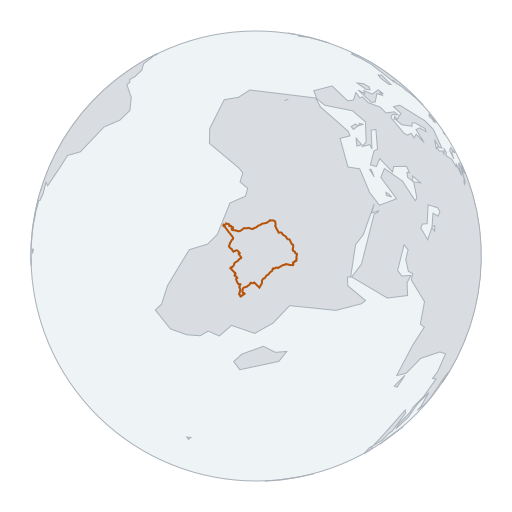 Democratic Republic of the Congo on an orthographic globe, rotated 53°
{"feature_id": "COD", "entity_name": "Democratic Republic of the Congo", "entity_type": "country or territory", "adm_level": 0, "iso_a3": "COD", "parent_name": "Africa", "parent_adm1": "", "projection": "orthographic", "projection_center": [23.721, -4.071], "detail": "fine", "context": "on_globe", "style": "outline", "palette": "amber", "viewbox_px": 512, "rotation_deg": 53, "n_neighbors": 0, "source": "natural_earth", "source_scale": "50m", "svg_char_len": 11408}
<svg xmlns="http://www.w3.org/2000/svg" viewBox="0 0 512 512"><g transform="rotate(53 256 256)"><circle cx="256" cy="256" r="225" fill="#eef3f6" stroke="#a8b0b8"/><path d="M129.6,69.5L123.5,74.2L120.1,76.8L112.8,82.1L112.5,82.3L129.6,69.5ZM99.5,94.0L99.7,93.7L103.2,90.5L100.3,93.3L97.0,96.4L99.5,94.0ZM34.6,214.3L35.3,213.0L34.6,216.1L34.8,230.1L38.9,235.4L39.9,244.7L39.0,250.8L41.3,252.1L41.4,256.0L54.3,260.2L63.9,269.2L65.6,283.0L61.5,299.6L67.1,333.6L62.3,345.9L67.4,359.6L74.5,380.1L70.8,379.5L78.3,388.8L81.6,395.0L80.9,396.0L86.4,402.8L86.2,403.4L90.3,407.4L98.3,416.6L105.7,423.3L113.6,430.5L118.5,434.2L118.4,434.3L120.5,436.0L123.5,438.2L122.7,437.6L110.3,427.8L98.6,417.2L87.7,405.7L77.6,393.6L68.4,380.7L60.1,367.2L52.8,353.2L46.4,338.7L41.2,323.8L36.9,308.5L33.8,293.0L31.7,277.3L30.8,261.5L31.0,245.7L32.2,229.9L34.6,214.3ZM123.7,438.3L124.3,438.8L119.4,435.0L125.9,439.2L128.8,441.7L124.5,438.9L123.7,438.3ZM117.4,431.8L115.8,429.5L117.5,430.5L118.9,432.4L117.4,431.8ZM465.1,172.2L465.5,173.3L466.9,177.0L464.4,171.5L466.0,178.0L474.5,202.6L475.9,209.3L476.3,220.0L475.4,214.9L469.0,200.2L471.3,216.0L476.3,231.4L478.1,248.3L475.8,241.8L473.5,227.0L471.2,221.3L469.3,207.4L462.6,186.2L460.1,188.8L457.8,180.7L448.2,163.5L443.2,167.0L436.9,186.0L440.0,206.8L436.1,215.5L421.4,184.2L414.1,164.4L409.3,165.7L393.9,148.9L368.5,146.4L364.5,141.5L359.8,143.5L348.9,138.5L342.6,130.8L336.2,131.1L352.8,151.6L359.7,151.6L364.8,144.0L368.3,151.5L378.8,158.7L368.6,176.4L330.3,192.2L326.0,176.7L293.6,136.4L294.3,132.2L294.1,131.7L293.7,130.8L291.3,137.8L285.6,130.4L303.5,157.4L306.8,169.6L329.8,193.1L327.8,195.5L335.0,200.6L357.4,195.3L357.6,200.5L347.5,224.9L315.9,259.0L319.8,282.9L317.0,303.6L296.7,317.3L297.8,333.5L287.2,339.3L286.1,348.6L277.3,358.6L262.7,368.2L238.6,368.9L237.6,360.4L226.3,344.3L210.8,305.5L217.4,287.5L215.5,273.9L198.0,244.9L201.9,228.5L197.1,221.9L187.2,224.1L181.6,216.5L175.6,216.7L138.0,225.4L126.3,216.2L112.1,187.3L118.7,174.5L119.7,161.0L165.6,113.4L175.6,114.8L212.0,107.3L216.6,108.6L212.7,118.1L240.3,129.0L248.8,120.7L273.5,127.0L289.7,126.9L294.9,109.3L268.4,109.0L263.4,100.8L284.5,93.9L307.6,95.6L306.5,92.6L291.6,85.5L296.6,80.5L286.4,82.8L290.7,85.8L284.4,87.6L280.0,85.1L282.0,83.2L274.9,81.9L267.4,92.2L271.1,96.4L252.7,98.6L257.0,106.1L252.1,109.8L243.1,98.6L243.7,94.6L227.1,84.1L224.8,88.4L240.3,98.9L235.5,98.1L232.5,105.2L231.1,99.3L214.8,87.8L198.0,91.6L177.2,110.2L167.3,112.8L158.8,110.4L166.0,92.9L187.3,89.4L190.1,84.2L185.5,77.9L192.3,77.8L193.0,75.1L201.0,74.1L211.9,67.2L220.0,66.1L224.0,58.9L228.7,57.7L225.0,62.1L226.7,65.0L246.7,63.9L250.5,62.4L251.5,58.1L256.9,58.8L255.2,54.8L266.6,53.4L251.4,52.2L252.1,48.2L258.8,45.4L256.3,44.2L245.4,48.9L243.6,51.2L246.3,53.3L238.9,60.6L232.1,62.2L229.5,54.5L219.6,56.3L222.0,50.5L249.9,39.6L261.6,38.2L281.7,42.6L279.2,44.4L270.7,43.5L278.8,47.4L278.0,45.6L282.5,46.5L284.3,43.9L287.6,44.5L283.8,41.3L288.0,41.8L290.3,43.8L296.6,41.4L305.3,42.5L305.1,41.7L302.5,40.6L315.2,43.3L314.5,42.7L310.1,41.5L305.9,39.7L303.4,37.8L308.0,38.8L309.5,39.6L319.5,43.3L322.8,45.9L324.4,46.2L322.6,44.2L310.4,39.7L307.6,38.3L313.8,40.2L311.4,39.4L311.4,39.1L315.7,39.9L309.1,37.9L305.1,36.1L321.3,40.4L337.2,45.9L352.7,52.5L367.6,60.3L381.9,69.2L395.4,79.1L408.2,89.9L420.2,101.8L431.2,114.4L441.3,127.9L450.3,142.1L458.3,156.9L465.1,172.2ZM150.3,135.8L149.1,139.7L150.3,135.8ZM332.8,107.5L346.3,109.1L339.1,98.4L343.7,98.4L339.5,95.0L338.5,97.7L328.3,88.9L333.7,86.6L331.4,82.5L326.8,81.9L318.6,87.7L333.2,99.9L330.6,103.9L332.8,107.5ZM35.4,212.8L35.2,215.1L34.8,215.4L35.4,212.8ZM110.3,85.4L105.5,90.1L107.9,87.4L104.8,89.9L106.0,88.0L118.5,78.0L112.6,82.6L110.3,85.4ZM189.1,63.8L191.9,64.9L189.0,67.9L178.7,71.1L182.9,66.6L189.1,63.8ZM196.6,65.8L196.9,58.4L203.3,56.7L199.6,58.8L203.8,58.4L199.1,61.8L204.8,68.2L202.6,71.4L184.9,74.5L191.9,71.4L188.8,70.3L196.6,65.8ZM186.6,48.5L186.8,46.9L200.3,45.0L198.5,46.8L188.2,49.6L184.3,49.3L186.6,48.5ZM235.2,31.7L236.0,31.7L230.8,32.1L236.0,31.9L229.4,32.6L230.4,32.6L225.8,33.3L221.9,34.4L218.9,34.8L218.7,35.1L215.6,35.9L214.3,36.5L208.5,37.6L206.4,38.7L204.8,38.7L202.8,40.3L201.6,39.7L197.5,41.1L200.9,40.9L172.2,48.6L161.2,53.4L152.5,58.1L151.7,57.3L159.2,52.9L170.7,47.5L181.5,43.5L179.1,44.2L183.6,42.7L185.3,42.1L201.6,37.4L218.3,33.9L235.2,31.7ZM221.7,104.9L225.2,105.1L230.8,104.5L228.9,109.3L221.7,104.9ZM210.4,97.1L213.5,96.3L213.6,102.0L209.9,102.1L210.4,97.1ZM215.2,91.4L213.7,95.8L212.3,93.5L215.2,91.4ZM227.9,61.4L231.3,60.7L231.7,61.7L229.8,63.3L227.9,61.4ZM250.1,33.6L247.5,33.3L248.5,33.1L246.7,32.1L251.4,31.9L254.4,32.4L250.1,33.6ZM290.5,112.2L285.8,115.5L283.4,113.8L285.4,113.0L290.5,112.2ZM255.9,111.9L263.9,114.0L255.3,113.2L255.9,111.9ZM254.9,33.2L253.7,32.7L256.8,33.0L254.9,33.2ZM254.8,31.8L258.5,31.9L251.8,31.8L254.8,31.8ZM361.7,417.2L361.8,420.3L358.9,420.3L361.7,417.2ZM353.9,301.2L337.0,337.4L326.9,337.3L325.8,326.4L332.6,304.4L344.6,298.5L350.8,288.8L353.9,301.2ZM478.9,288.5L478.2,284.9L477.3,280.5L478.1,277.0L479.5,280.5L479.2,286.8L478.9,288.5ZM478.0,276.7L475.8,263.6L468.8,229.5L471.4,231.0L477.9,252.8L477.6,255.9L479.0,265.9L478.0,276.7ZM480.8,270.7L480.8,269.2L480.6,266.5L480.5,253.0L480.6,247.0L480.9,248.0L480.8,241.0L480.8,270.7ZM440.9,208.9L445.7,222.2L443.1,223.9L440.9,208.9ZM469.0,183.1L468.8,183.3L467.7,180.1L467.3,178.1L469.0,183.1ZM293.5,35.0L290.7,36.1L291.8,37.7L297.4,39.5L288.4,37.9L286.7,35.4L293.5,35.0ZM273.0,32.0L271.8,32.2L269.3,31.9L273.0,32.0ZM441.1,384.4L442.3,382.6L446.5,376.3L458.3,354.8L458.0,355.7L464.2,341.9L465.0,340.1L458.1,355.5L450.2,370.3L441.1,384.4Z" fill="#d9dde1" stroke="#a8b0b8" stroke-width="1"/><path d="M283.3,272.3L276.4,273.3L276.1,273.4L276.2,273.8L276.2,274.2L276.0,274.6L275.7,275.0L275.2,275.5L274.1,276.3L274.1,276.5L274.7,277.4L274.9,278.1L275.0,278.7L274.9,280.6L274.9,280.9L275.0,281.5L275.0,281.9L274.6,282.5L274.5,283.0L274.0,284.6L273.8,285.1L274.1,286.0L274.3,286.4L274.7,286.8L275.4,287.3L275.7,287.6L276.5,288.5L277.6,288.7L277.9,288.8L278.1,288.8L278.2,288.7L278.2,288.4L278.1,288.2L278.4,287.9L278.9,287.9L279.1,287.8L279.3,287.8L279.2,292.5L279.1,292.8L278.9,292.8L278.6,292.7L278.6,292.2L278.4,292.1L278.0,292.1L277.6,292.3L277.1,292.5L276.9,292.6L276.6,292.6L276.2,292.5L276.0,292.2L275.9,291.9L275.3,291.0L275.0,290.5L274.7,290.5L274.5,290.4L274.3,290.0L274.2,289.6L274.0,289.1L273.8,289.0L271.9,288.2L271.5,288.2L271.1,288.2L270.8,288.0L270.6,287.9L270.2,286.9L269.5,286.3L269.4,285.6L269.2,285.5L268.8,285.6L268.4,286.7L268.3,286.8L268.2,286.9L267.9,287.0L267.6,287.0L267.1,287.0L266.1,286.8L264.9,286.7L264.5,286.5L264.2,286.4L263.3,286.1L262.9,286.1L262.7,285.9L262.3,285.6L262.2,285.3L262.0,284.8L262.1,284.5L262.2,284.1L261.9,284.0L261.6,284.1L260.5,284.3L259.7,284.6L259.1,284.9L258.9,284.9L258.5,284.8L258.4,284.6L258.5,284.4L258.6,284.2L258.5,283.7L258.3,283.5L257.8,283.3L257.6,283.3L257.5,283.0L257.4,282.8L256.9,282.7L256.8,282.8L256.7,283.0L256.4,283.2L255.9,283.2L255.4,283.1L255.0,283.1L254.8,283.1L253.8,283.5L253.5,283.5L252.5,283.5L251.9,283.4L251.5,283.4L251.2,283.5L250.9,283.8L250.6,284.0L250.4,283.9L250.2,283.7L250.2,283.2L250.0,282.8L250.1,282.5L250.4,282.3L250.5,282.0L250.4,281.4L250.4,281.0L250.5,280.8L250.4,280.3L250.1,279.4L249.7,278.7L249.1,278.2L248.8,277.7L248.6,277.2L248.7,276.0L248.9,274.2L248.9,272.8L248.5,271.9L248.4,270.9L248.6,269.9L248.7,269.2L248.5,268.8L248.4,268.8L248.3,268.7L246.1,268.6L243.9,268.6L243.7,268.5L243.6,268.3L243.6,268.0L243.8,267.3L243.8,267.2L243.4,267.2L241.0,267.5L240.2,267.7L239.7,268.1L239.5,268.7L239.5,269.1L239.5,269.4L239.2,269.7L239.1,270.1L239.0,271.4L238.2,271.5L237.4,271.5L237.2,271.5L236.3,271.2L235.9,271.2L235.6,271.4L234.5,271.6L233.9,271.9L233.4,271.8L232.9,271.8L232.1,271.9L230.8,270.1L230.5,269.4L230.1,269.0L229.8,268.6L229.7,268.2L229.7,267.9L229.5,267.4L229.1,266.7L228.8,266.1L228.7,265.6L228.6,265.1L228.7,264.7L228.6,264.3L228.4,264.2L228.3,263.9L228.0,263.6L227.6,263.3L227.1,263.2L224.8,263.2L221.1,263.3L220.7,263.3L219.7,263.4L218.6,263.3L217.3,263.3L216.8,263.3L215.7,263.3L215.0,263.3L214.6,263.3L214.3,263.2L213.8,263.3L213.5,263.4L213.1,263.7L212.5,263.9L212.2,263.9L211.7,263.5L211.4,263.1L211.4,262.9L212.3,262.8L212.4,262.7L212.4,261.6L212.4,260.5L212.3,260.4L212.2,260.3L212.1,260.2L212.7,259.9L213.0,259.6L213.6,258.9L214.5,258.6L214.6,258.4L214.8,258.4L215.1,258.8L215.7,259.2L215.8,259.3L216.4,258.9L216.8,258.8L216.9,258.7L216.9,258.4L217.0,257.8L217.2,257.7L217.5,257.8L217.8,257.9L218.3,257.6L218.6,257.5L218.9,257.3L219.3,257.1L219.5,257.1L219.8,257.6L219.5,258.2L219.6,258.6L219.7,259.2L219.9,259.3L220.0,259.3L220.3,259.3L220.5,259.4L220.8,259.4L221.1,259.2L221.6,258.7L222.4,257.7L223.0,257.1L223.5,256.9L223.8,256.6L224.0,256.2L224.3,256.0L224.9,255.8L225.3,255.6L225.8,254.9L226.4,253.8L226.6,252.0L226.5,249.1L226.6,248.7L226.8,248.4L227.4,247.8L227.9,247.4L228.2,246.8L228.8,245.5L229.2,244.9L229.5,244.6L230.1,244.3L230.7,244.0L231.8,243.1L232.6,242.2L232.5,241.2L232.7,240.3L233.1,239.2L233.3,238.0L233.1,236.7L233.2,235.7L233.8,234.1L233.8,233.3L233.8,232.2L234.4,230.6L235.5,228.6L236.0,227.1L235.9,225.7L236.1,224.6L236.0,224.0L235.8,223.4L235.9,223.1L236.3,222.9L236.9,222.4L237.8,221.0L238.8,220.3L239.5,220.0L240.2,220.1L240.7,220.2L240.9,220.4L241.4,220.7L242.3,221.2L243.0,221.7L243.3,222.3L243.6,222.6L244.0,222.7L244.5,222.7L245.2,222.8L245.8,223.1L246.2,223.2L246.4,223.1L246.7,223.2L247.4,223.4L248.0,223.3L248.9,223.4L250.9,223.9L251.1,223.8L251.2,223.6L251.7,222.6L252.0,222.1L252.2,221.9L252.6,221.6L253.1,221.5L253.6,221.5L254.4,221.8L254.8,221.8L255.2,221.6L255.8,221.4L256.5,221.2L257.1,221.0L258.3,220.5L258.8,220.4L260.1,220.8L260.9,220.6L261.3,220.6L262.0,220.4L262.1,220.2L262.6,219.5L263.1,219.3L263.8,219.4L265.6,219.8L267.4,220.2L268.1,220.3L268.3,220.2L268.9,219.8L269.1,219.7L269.3,219.7L270.4,220.1L270.6,220.4L270.8,220.6L271.4,221.1L271.7,221.4L271.9,221.9L272.1,222.1L272.4,222.2L272.7,222.3L272.8,222.6L273.1,222.8L273.5,223.1L274.0,223.1L274.4,223.2L274.8,223.0L275.3,222.7L275.6,222.5L276.4,222.5L276.9,222.7L277.3,222.9L277.5,222.9L278.2,222.5L278.5,222.1L278.8,222.0L279.3,222.2L279.7,222.6L280.1,223.2L280.7,223.8L281.3,224.5L282.2,224.9L282.6,225.1L282.7,225.3L282.7,225.6L282.8,225.8L283.3,225.9L283.5,226.0L283.9,226.5L284.1,226.6L284.1,226.8L283.8,227.3L283.6,227.8L283.5,228.2L283.8,228.5L283.9,228.8L283.9,229.0L283.6,229.6L283.5,230.2L283.5,230.5L283.9,230.7L284.4,230.7L284.5,230.9L284.7,231.1L284.8,231.2L285.1,231.2L285.2,231.3L285.3,231.4L285.6,231.7L285.5,232.0L285.1,232.6L284.3,233.5L282.5,235.3L281.9,235.5L281.6,235.8L281.4,236.3L280.8,236.7L280.4,236.9L280.4,237.0L280.3,237.5L280.4,238.1L280.2,238.5L279.8,239.4L279.7,239.5L279.5,240.3L279.4,240.5L279.2,241.8L279.3,242.2L279.1,242.8L279.1,243.2L279.0,243.6L278.9,243.9L279.0,245.5L278.8,245.6L278.6,245.9L278.3,246.0L278.1,246.0L277.5,246.8L277.3,247.2L277.2,247.4L277.3,248.4L277.2,248.7L277.1,248.8L276.2,249.5L276.3,250.1L276.3,250.4L276.4,250.6L276.8,250.8L276.8,251.1L277.3,251.7L277.6,252.1L277.6,252.4L277.5,253.3L277.5,253.7L277.5,255.1L277.6,255.4L278.0,256.2L278.1,257.0L278.2,257.6L278.2,257.8L277.9,259.1L277.9,259.3L278.0,259.7L278.5,261.0L278.7,261.7L278.9,262.3L279.0,262.6L278.9,262.8L278.5,263.5L278.5,263.8L278.6,264.3L278.7,264.9L279.3,266.1L279.7,266.4L280.3,266.8L280.9,267.3L281.3,267.8L281.7,268.4L281.9,268.9L282.0,269.4L283.2,272.0L283.3,272.3Z" fill="none" stroke="#b45309" stroke-width="2"/></g></svg>